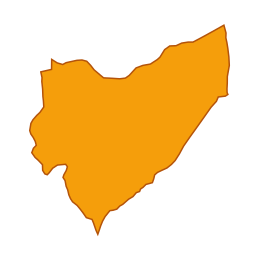 the district of Torsby, Värmland, Sweden, rotated 93°
{"feature_id": "70781695B46628667043921", "entity_name": "Torsby", "entity_type": "district", "adm_level": 2, "iso_a3": "SWE", "parent_name": "Sweden", "parent_adm1": "Värmland", "projection": "robinson", "projection_center": [12.95, 60.548], "detail": "fine", "context": "isolated", "style": "filled", "palette": "amber", "viewbox_px": 256, "rotation_deg": 93, "n_neighbors": 0, "source": "geoboundaries", "source_scale": "gbopen_adm2", "svg_char_len": 1591}
<svg xmlns="http://www.w3.org/2000/svg" viewBox="0 0 256 256"><g transform="rotate(93 128 128)"><path d="M89.3,30.0L87.4,30.9L83.7,31.2L78.1,31.2L71.4,31.5L64.2,30.6L60.2,30.1L51.7,31.0L43.2,32.5L37.6,33.7L32.8,35.0L28.0,35.1L20.3,37.6L31.1,54.8L35.3,61.7L38.8,67.6L39.1,72.7L40.4,78.8L43.3,84.3L43.9,90.6L47.8,95.5L55.6,99.8L58.2,102.4L63.0,109.0L64.7,116.4L67.6,123.1L75.4,129.5L78.3,133.2L79.3,138.9L79.2,146.3L79.2,155.0L76.9,158.1L71.7,164.9L67.4,168.6L63.5,172.7L62.5,177.5L63.1,182.6L66.0,193.2L68.0,196.5L66.7,202.1L63.5,207.8L73.5,207.4L74.2,210.0L76.5,218.0L77.0,217.9L82.2,216.5L86.0,216.5L93.6,215.3L101.2,214.6L105.3,213.9L111.4,213.2L117.1,216.8L120.1,219.7L124.7,223.3L128.5,225.2L135.7,226.0L139.1,224.7L142.5,222.1L146.3,219.9L150.1,218.7L153.2,221.4L157.7,222.8L162.3,219.2L164.6,216.3L169.1,211.5L174.8,211.0L177.1,209.4L178.2,208.6L178.9,206.2L177.0,204.5L172.1,201.1L168.7,196.5L167.5,188.4L169.8,186.5L173.6,187.4L178.1,189.6L180.8,190.3L183.8,188.1L189.5,186.7L192.9,185.0L197.8,183.6L201.6,181.7L204.6,179.5L208.0,174.7L211.4,171.6L214.8,168.7L219.7,164.9L221.2,159.1L224.6,157.5L231.8,154.6L235.7,152.6L232.0,151.5L227.2,150.2L222.3,148.5L217.6,146.2L211.5,141.8L210.9,138.6L209.6,134.9L206.3,132.1L204.5,129.2L199.1,123.7L196.2,119.4L192.1,116.3L190.8,113.1L188.3,112.3L186.5,109.9L183.4,107.1L182.3,103.7L181.3,100.8L177.7,99.7L173.4,98.9L170.8,96.2L168.5,92.0L165.9,87.0L162.1,82.7L158.0,79.2L151.1,75.3L143.1,71.5L134.2,66.0L125.0,60.1L111.9,51.8L103.0,46.2L96.7,41.1L92.3,39.5L91.1,32.5L89.3,30.0Z" fill="#f59e0b" stroke="#b45309" stroke-width="1.5"/></g></svg>